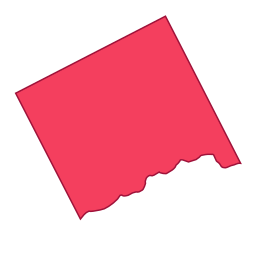 Yankton, South Dakota, United States of America (Natural Earth projection), rotated 333°
{"feature_id": "52423323B66952732105608", "entity_name": "Yankton", "entity_type": "district", "adm_level": 2, "iso_a3": "USA", "parent_name": "United States of America", "parent_adm1": "South Dakota", "projection": "natural_earth1", "projection_center": [-97.367, 42.985], "detail": "fine", "context": "isolated", "style": "filled", "palette": "rose", "viewbox_px": 256, "rotation_deg": 333, "n_neighbors": 0, "source": "geoboundaries", "source_scale": "gbopen_adm2", "svg_char_len": 1096}
<svg xmlns="http://www.w3.org/2000/svg" viewBox="0 0 256 256"><g transform="rotate(333 128 128)"><path d="M127.8,45.7L43.7,46.0L44.3,187.5L49.6,185.2L52.6,184.4L55.5,184.4L57.0,185.4L59.6,186.4L65.8,188.3L70.2,189.2L75.4,189.0L80.9,188.1L86.5,186.5L90.4,184.4L92.0,184.9L92.5,185.8L93.5,186.7L95.2,187.4L97.5,188.0L102.6,187.9L105.7,188.5L106.7,188.9L107.6,189.5L109.1,189.9L112.6,189.8L113.7,189.4L116.2,187.5L118.5,185.2L118.7,184.5L119.3,183.2L121.5,181.0L122.8,180.4L124.6,180.0L126.0,180.2L127.8,181.5L129.7,181.8L135.8,181.4L136.3,182.4L138.6,184.4L141.1,185.9L141.8,186.0L148.3,185.5L150.1,185.1L152.0,184.4L152.8,183.9L153.6,183.1L154.3,182.8L156.5,182.2L159.0,181.1L159.8,180.4L160.6,180.3L162.2,181.2L166.5,185.7L174.3,187.0L178.2,186.4L180.0,185.7L181.1,185.7L184.9,186.8L187.0,187.6L191.6,190.0L192.1,191.0L191.8,197.3L192.0,198.1L193.0,200.2L193.4,201.5L193.7,204.7L194.2,205.7L194.7,206.3L196.6,207.6L198.2,208.0L202.7,208.3L205.9,209.0L208.2,209.2L210.0,209.5L211.1,209.9L212.3,210.6L212.2,84.1L212.1,45.4L127.8,45.7Z" fill="#f43f5e" stroke="#9f1239" stroke-width="1.5"/></g></svg>